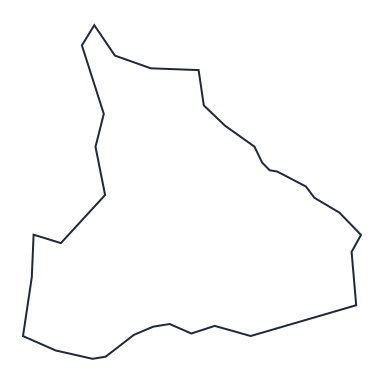 the border of Malpils
{"feature_id": "LVA-5770", "entity_name": "Malpils", "entity_type": "Municipality", "adm_level": 1, "iso_a3": "LVA", "parent_name": "Latvia", "parent_adm1": "", "projection": "orthographic", "projection_center": [24.967, 57.013], "detail": "fine", "context": "isolated", "style": "outline", "palette": "slate", "viewbox_px": 384, "rotation_deg": 0, "n_neighbors": 0, "source": "natural_earth", "source_scale": "10m", "svg_char_len": 520}
<svg xmlns="http://www.w3.org/2000/svg" viewBox="0 0 384 384"><path d="M198.6,70.1L203.8,105.4L225.0,125.7L254.5,146.7L262.2,162.7L269.7,170.3L277.1,171.5L305.9,186.5L314.4,197.8L339.5,212.7L361.0,234.9L351.6,251.9L356.2,305.2L250.7,336.0L214.7,325.9L191.3,333.5L169.6,324.0L153.1,326.7L133.8,334.9L105.6,356.7L92.5,358.8L55.7,350.5L23.0,336.1L31.8,277.1L33.6,234.7L60.9,243.1L105.1,195.0L95.5,146.8L103.8,113.9L81.9,45.4L94.3,25.2L114.9,55.6L150.7,68.3L198.6,70.1Z" fill="none" stroke="#1e293b" stroke-width="2"/></svg>